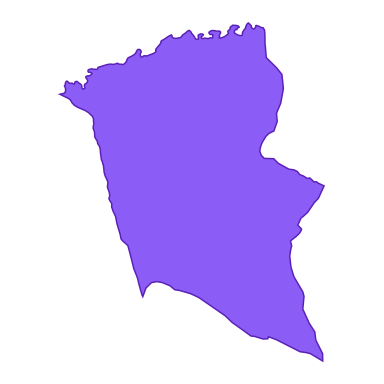 Tilisca, Sibiu, Romania (Robinson projection)
{"feature_id": "2599482B67392717014509", "entity_name": "Tilisca", "entity_type": "district", "adm_level": 2, "iso_a3": "ROU", "parent_name": "Romania", "parent_adm1": "Sibiu", "projection": "robinson", "projection_center": [23.731, 45.777], "detail": "fine", "context": "isolated", "style": "filled", "palette": "violet", "viewbox_px": 384, "rotation_deg": 0, "n_neighbors": 0, "source": "geoboundaries", "source_scale": "gbopen_adm2", "svg_char_len": 5430}
<svg xmlns="http://www.w3.org/2000/svg" viewBox="0 0 384 384"><path d="M263.2,27.8L262.0,27.6L260.8,27.4L259.4,26.5L259.1,26.3L257.8,25.9L257.6,25.9L256.2,25.4L255.7,25.9L255.8,26.5L255.1,27.9L254.6,28.4L254.4,28.8L253.8,29.1L253.2,28.9L252.2,28.1L251.4,27.4L251.2,26.9L251.4,26.4L251.3,25.8L250.3,24.8L249.3,23.7L248.6,23.0L247.8,23.3L247.1,24.0L246.3,25.3L245.8,26.6L245.6,27.7L245.2,28.6L244.4,29.4L243.5,30.9L242.7,32.0L242.4,32.8L242.4,33.6L242.5,34.4L242.0,35.4L241.6,35.6L240.2,35.5L238.2,35.2L237.0,34.6L235.3,33.5L234.5,32.8L234.3,32.3L234.3,31.4L234.8,30.5L235.5,29.6L235.9,29.3L236.2,29.4L236.5,29.6L236.9,29.6L237.2,28.8L237.4,28.2L238.0,27.7L238.6,27.6L239.1,27.3L239.1,26.9L238.7,26.4L237.8,25.8L236.8,25.5L234.0,25.3L232.8,25.2L232.5,25.4L231.4,26.3L230.6,27.0L230.2,27.3L230.1,27.7L230.1,28.5L230.1,29.0L229.8,29.5L229.4,29.9L228.6,30.2L228.1,30.9L227.8,31.5L227.9,32.1L228.4,32.9L228.3,33.6L227.6,34.3L226.6,35.1L225.7,35.9L223.9,36.9L222.2,37.5L221.4,37.8L220.4,38.1L219.5,38.0L219.1,37.6L219.6,36.6L219.5,35.7L219.5,34.8L220.0,34.0L220.5,33.1L220.6,32.5L220.4,31.8L219.6,31.2L218.9,31.0L217.8,31.2L216.2,31.1L215.0,30.7L214.4,30.6L212.6,30.5L211.0,30.8L209.1,32.1L208.9,32.7L209.3,33.6L210.0,34.4L211.1,34.6L212.5,34.5L213.0,35.2L212.9,35.8L212.6,36.3L212.7,37.3L212.4,37.9L211.8,38.1L211.0,37.9L210.5,37.8L209.9,37.9L209.3,38.1L208.8,38.5L207.5,38.5L206.2,38.4L204.8,38.0L203.9,38.4L202.3,38.7L201.8,38.2L201.2,37.3L201.8,36.4L202.9,35.6L203.4,34.8L203.1,34.4L202.3,34.0L201.2,34.0L200.3,33.9L198.8,34.8L198.2,35.2L198.2,36.5L198.4,37.9L198.5,38.6L198.1,39.1L196.7,39.4L196.1,39.1L195.6,38.9L194.1,36.3L191.7,33.4L191.0,32.0L190.1,31.1L189.3,30.4L188.8,30.5L188.0,30.8L185.8,32.7L184.5,33.7L182.6,35.0L182.0,35.9L180.9,37.2L180.1,37.7L178.1,38.0L176.0,38.4L173.7,38.1L172.5,37.6L172.1,36.9L172.1,36.0L171.9,35.4L171.3,34.9L170.6,35.2L170.2,35.4L167.8,36.8L165.5,38.4L164.0,39.4L162.1,40.4L161.5,40.7L161.2,41.1L160.9,41.8L160.9,42.5L160.4,43.5L159.6,44.8L158.5,45.9L158.1,46.4L157.6,47.1L156.5,48.4L155.9,49.1L155.7,49.6L155.7,50.4L155.9,51.0L155.9,51.5L155.6,51.9L154.8,52.7L154.2,53.1L150.9,54.4L149.2,55.1L147.2,55.9L145.0,55.8L144.1,55.8L143.3,56.1L142.7,56.5L142.4,56.8L141.8,57.1L141.5,57.1L141.0,56.8L140.7,56.4L140.3,55.1L140.2,54.1L140.5,53.4L141.0,52.5L141.2,51.5L140.8,50.7L140.4,49.9L139.2,49.4L138.1,49.4L137.3,50.0L136.6,51.2L136.2,52.1L135.4,53.5L134.1,54.7L131.6,56.2L129.3,57.2L128.6,57.6L127.7,58.3L127.2,59.2L126.7,60.2L126.5,61.4L125.9,62.1L125.2,62.9L124.5,63.6L124.0,64.1L123.0,64.6L122.3,64.4L121.2,64.2L120.2,64.2L119.2,64.2L118.4,63.7L117.9,63.4L117.2,63.3L115.0,64.1L114.0,64.2L113.0,64.4L110.8,64.1L109.6,64.2L108.0,64.4L106.4,64.8L104.1,65.5L101.5,66.3L98.9,67.1L98.2,67.3L97.9,67.6L97.7,68.3L97.6,68.9L97.0,69.4L96.1,69.4L95.0,69.2L94.0,69.3L93.4,69.4L92.8,69.1L92.4,68.8L91.8,68.9L90.8,69.0L89.8,69.2L89.0,69.5L88.3,69.9L88.0,70.4L88.0,71.2L88.2,71.9L88.6,72.2L89.6,72.2L90.4,72.5L91.3,72.7L91.9,73.4L91.9,73.8L91.1,74.6L90.1,75.5L88.9,75.9L88.2,75.7L87.4,75.9L86.9,76.0L85.8,76.9L85.8,77.6L86.1,78.1L86.8,78.9L87.7,80.5L87.3,82.1L86.3,83.4L85.1,83.9L84.5,84.8L84.4,86.3L84.7,87.3L84.9,88.1L84.5,88.6L83.3,89.0L82.6,88.8L82.1,88.2L81.8,87.6L81.9,86.6L81.7,85.8L81.5,85.1L80.8,84.3L80.0,83.7L79.1,83.2L78.5,82.7L78.0,82.2L77.5,81.9L77.1,81.5L76.7,81.4L75.9,81.5L75.0,82.0L74.7,82.8L74.8,83.6L74.5,84.0L73.7,84.0L73.1,83.9L72.8,83.6L72.1,83.1L71.6,83.2L70.7,83.3L69.3,83.2L68.2,82.1L67.4,81.3L66.8,81.1L66.4,81.3L65.7,82.2L65.5,82.7L65.4,83.5L65.3,84.4L65.3,84.7L64.9,85.2L64.5,85.7L64.5,86.3L65.0,86.9L65.5,88.6L65.6,90.2L65.4,91.1L65.2,92.3L64.3,93.2L60.9,94.0L59.9,94.3L65.9,97.2L68.0,98.2L70.2,99.7L72.2,103.0L74.4,105.3L77.7,107.3L85.3,110.6L88.5,112.6L92.4,116.4L93.5,118.7L93.5,119.7L93.5,121.4L93.8,123.7L93.2,126.7L93.2,128.5L94.2,130.9L94.6,133.1L94.7,136.7L95.8,138.9L97.0,140.7L97.5,142.1L97.6,143.5L99.2,145.9L99.9,147.8L100.4,150.6L100.4,152.2L101.4,159.8L102.2,161.4L103.5,166.0L104.2,172.6L105.1,175.8L107.3,180.5L107.9,182.4L107.7,184.3L107.4,187.2L109.0,191.6L109.3,192.5L109.7,195.9L108.9,198.7L110.3,201.5L111.7,203.4L111.7,207.0L113.2,211.5L115.5,216.2L117.0,223.8L119.0,230.6L120.1,234.1L121.1,239.0L122.5,240.8L125.8,243.7L127.9,245.7L129.8,252.7L132.0,261.4L133.8,268.7L137.0,276.7L137.7,278.9L138.9,284.1L142.0,295.0L142.8,296.6L146.0,288.0L151.5,282.6L156.8,281.6L162.1,282.5L170.1,285.8L174.7,289.7L179.7,290.5L190.4,293.6L198.6,297.4L214.7,308.5L225.2,315.8L232.2,322.5L240.2,328.2L248.2,334.0L251.0,336.0L254.6,336.4L263.0,339.0L267.8,338.8L268.4,336.7L276.4,339.7L280.7,341.9L288.2,345.7L300.0,351.7L305.7,352.5L310.3,353.6L322.7,361.0L322.6,353.7L319.2,346.9L315.8,340.1L314.8,331.9L309.2,323.2L302.8,309.1L304.0,296.4L302.9,292.0L293.9,276.7L291.0,267.3L289.7,256.1L290.9,248.6L291.7,245.9L290.7,241.6L290.5,240.9L296.4,236.2L299.6,233.1L301.3,230.2L301.5,229.0L297.8,225.1L299.8,220.8L301.0,218.0L303.1,216.5L307.7,212.3L314.2,202.7L318.4,198.3L324.1,185.9L318.3,183.2L316.5,181.8L314.0,181.9L309.9,178.0L307.2,178.4L303.2,175.9L299.8,174.6L297.3,171.5L294.1,169.9L288.7,169.1L278.3,163.3L274.8,159.8L273.8,158.7L267.8,158.5L264.2,158.4L261.3,155.3L259.8,151.1L260.3,147.7L261.9,143.0L265.9,136.4L268.8,133.5L273.9,131.0L277.2,121.6L276.5,113.3L280.7,103.2L283.4,88.5L281.9,74.4L276.4,67.6L269.7,61.0L266.3,57.6L265.9,53.2L265.5,48.9L265.4,46.9L265.0,43.2L264.9,33.9L264.5,30.0L263.2,27.8Z" fill="#8b5cf6" stroke="#5b21b6" stroke-width="1.5"/></svg>